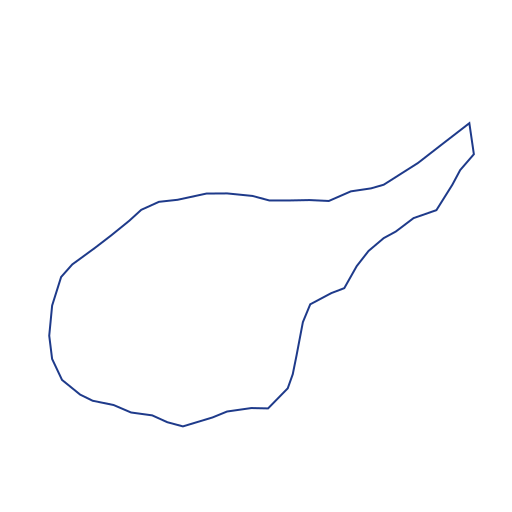 Karpaseia, Cyprus (Equal Earth projection), rotated 195°
{"feature_id": "46923920B2275839415846", "entity_name": "Karpaseia", "entity_type": "district", "adm_level": 2, "iso_a3": "CYP", "parent_name": "Cyprus", "parent_adm1": "", "projection": "equal_earth", "projection_center": [33.063, 35.283], "detail": "fine", "context": "isolated", "style": "outline", "palette": "blue", "viewbox_px": 512, "rotation_deg": 195, "n_neighbors": 0, "source": "geoboundaries", "source_scale": "gbopen_adm2", "svg_char_len": 810}
<svg xmlns="http://www.w3.org/2000/svg" viewBox="0 0 512 512"><g transform="rotate(195 256 256)"><path d="M84.3,439.5L106.1,410.9L123.6,387.8L137.3,372.9L151.1,357.9L162.4,351.1L181.1,343.0L199.9,328.0L218.7,323.9L237.4,318.5L257.4,313.1L275.0,313.1L300.0,309.0L320.0,303.5L346.3,290.0L363.8,283.2L378.8,270.9L387.5,257.3L401.3,238.3L413.8,222.0L431.3,200.3L438.8,185.3L440.1,155.4L435.1,125.5L426.3,103.8L411.3,86.1L390.0,76.6L376.3,73.9L355.0,75.2L336.2,72.5L315.0,75.2L298.7,72.5L282.5,72.5L256.2,88.8L243.7,98.3L221.2,107.9L204.9,111.9L191.1,136.4L189.9,151.3L191.1,170.4L192.4,188.0L193.6,204.3L191.1,223.4L173.6,239.7L162.4,247.8L156.1,272.3L148.6,290.0L137.3,306.3L127.3,315.8L113.6,333.4L93.6,347.0L84.8,375.6L81.0,391.9L71.9,410.7L84.3,439.5Z" fill="none" stroke="#1e3a8a" stroke-width="2"/></g></svg>